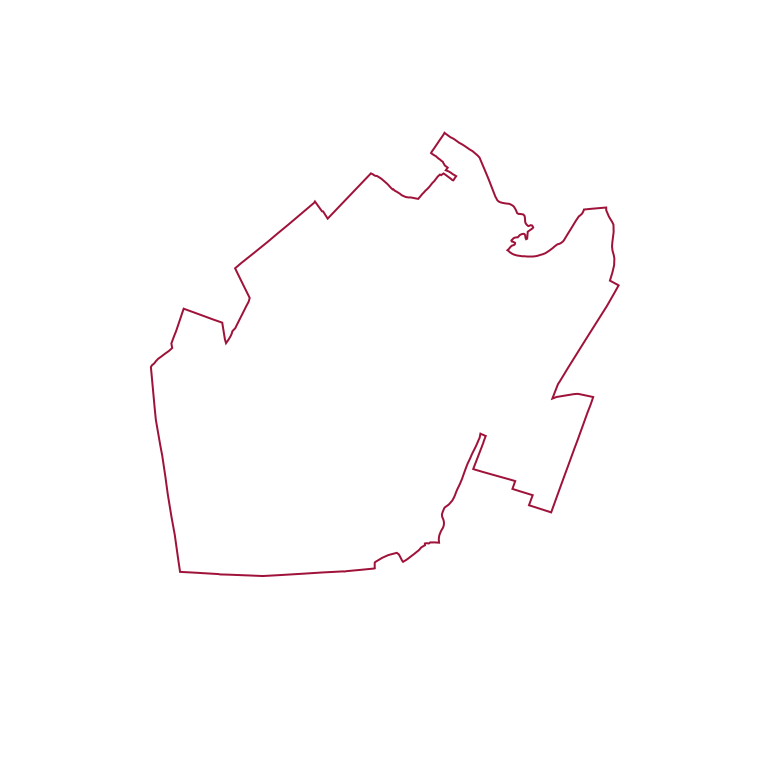 the district of SAG, Timis, Romania, rotated 302°
{"feature_id": "2599482B10512528259578", "entity_name": "SAG", "entity_type": "district", "adm_level": 2, "iso_a3": "ROU", "parent_name": "Romania", "parent_adm1": "Timis", "projection": "natural_earth1", "projection_center": [21.184, 45.66], "detail": "fine", "context": "isolated", "style": "outline", "palette": "rose", "viewbox_px": 768, "rotation_deg": 302, "n_neighbors": 0, "source": "geoboundaries", "source_scale": "gbopen_adm2", "svg_char_len": 5698}
<svg xmlns="http://www.w3.org/2000/svg" viewBox="0 0 768 768"><g transform="rotate(302 384 384)"><path d="M651.4,478.9L642.7,467.3L637.9,461.1L636.9,461.4L635.3,461.6L633.9,461.7L632.6,461.5L630.9,461.0L629.4,460.4L623.9,460.2L615.3,460.3L608.5,460.3L602.3,460.4L601.3,460.4L599.9,460.3L598.8,459.9L597.2,459.3L595.9,458.5L595.0,457.7L594.5,457.1L593.4,456.7L591.2,455.8L588.8,455.1L585.4,453.8L582.0,452.3L580.1,451.3L578.5,450.1L577.4,449.2L576.5,448.3L575.5,447.5L574.0,446.2L572.5,444.6L571.0,442.7L569.4,440.2L567.5,437.0L566.8,435.4L566.3,434.7L565.6,433.6L564.8,431.7L564.1,430.1L563.4,428.5L562.9,426.7L562.6,425.4L562.4,424.1L562.4,422.4L562.4,421.2L562.6,420.1L562.9,418.7L562.9,417.8L564.9,418.4L565.7,418.4L567.1,418.6L568.0,418.8L569.3,419.3L570.2,420.1L571.2,420.8L572.4,420.8L573.1,420.4L573.1,418.4L572.6,417.1L573.0,416.1L573.5,416.0L574.2,416.2L576.2,416.6L577.2,417.2L577.8,417.7L578.5,418.6L579.3,419.7L580.4,419.9L581.7,420.1L582.8,420.5L583.8,421.2L584.5,421.8L585.5,423.0L585.5,424.0L584.7,425.1L583.3,426.3L582.8,426.7L582.1,427.8L583.1,428.4L583.8,428.0L584.1,427.9L585.2,427.3L586.0,427.0L586.7,426.4L587.2,426.3L589.3,425.2L594.8,427.5L595.8,427.6L596.9,425.7L596.4,424.2L595.2,423.4L594.4,422.7L594.5,421.7L594.7,420.6L595.3,419.1L596.3,417.8L597.5,417.0L600.0,415.1L601.1,414.0L601.6,412.4L600.7,410.1L599.5,407.8L599.5,406.3L600.9,404.4L602.1,402.5L603.3,400.0L603.5,398.3L603.4,396.3L603.2,394.9L603.1,394.6L602.8,394.0L601.6,391.5L600.5,388.8L599.9,386.9L599.6,385.4L599.6,384.1L599.7,383.4L600.1,382.3L601.1,380.7L601.8,379.3L613.4,363.8L619.0,355.9L623.4,349.6L626.6,345.1L627.4,342.3L627.8,339.6L628.4,335.7L628.3,332.3L628.6,326.0L628.6,323.0L628.4,320.0L628.6,317.0L628.8,314.2L628.8,312.4L628.6,310.5L628.5,309.1L628.7,306.9L628.8,305.0L629.0,302.8L629.1,302.2L626.8,302.3L624.5,302.2L620.8,302.0L615.0,301.8L609.8,301.6L606.8,301.4L604.8,301.5L604.6,303.2L604.6,305.7L604.7,307.5L604.4,308.7L604.1,310.6L604.0,312.9L603.7,314.2L603.6,316.2L602.8,317.3L602.5,318.0L601.9,319.0L601.4,320.5L601.4,322.0L601.2,323.4L598.0,323.1L598.6,326.7L598.6,328.1L598.4,331.2L598.5,333.7L598.5,335.1L596.1,334.9L593.5,334.9L593.1,334.0L593.4,332.6L593.7,329.0L594.0,325.1L594.1,324.1L594.1,322.9L591.4,321.8L591.3,320.5L588.7,319.7L585.9,319.4L582.5,319.1L580.1,318.5L574.8,317.9L572.0,317.3L570.0,316.7L568.4,316.4L566.8,316.2L566.0,315.9L564.7,315.7L563.0,315.5L559.1,314.9L556.3,307.6L555.2,306.0L554.1,303.3L553.7,300.7L553.5,299.0L553.8,296.5L553.8,294.9L553.8,292.6L553.6,290.8L554.1,288.7L553.6,288.4L553.9,286.4L555.5,280.6L556.7,272.8L556.7,268.5L556.7,267.8L556.3,267.1L556.0,266.5L555.9,265.8L555.8,264.2L556.0,263.6L555.8,262.7L555.7,261.3L494.4,248.6L497.8,241.5L498.1,241.0L497.6,239.9L502.2,228.7L500.6,228.7L477.2,221.2L467.8,218.2L455.0,213.9L442.8,210.0L424.9,203.8L411.1,198.9L403.2,196.4L394.8,209.9L385.8,224.5L382.2,225.6L377.5,225.9L354.0,228.1L352.6,228.3L351.7,228.1L350.5,227.9L348.9,227.5L348.4,227.5L348.2,227.5L345.9,228.2L343.8,228.5L341.9,228.6L338.7,228.6L334.9,228.4L337.6,225.4L350.3,214.3L348.4,206.0L341.7,174.2L330.8,176.8L318.5,179.7L312.9,180.7L305.7,182.2L302.3,185.3L298.1,184.1L293.6,182.2L288.8,180.4L285.7,179.1L282.2,178.4L281.3,178.4L280.2,178.3L278.7,177.9L277.0,177.3L274.9,177.3L249.8,196.4L241.5,202.7L232.6,209.6L213.3,226.9L205.5,234.1L189.2,248.0L176.2,258.8L158.9,274.0L145.2,286.5L126.7,302.0L116.6,310.6L124.5,324.9L128.9,333.0L134.1,342.5L135.2,344.6L135.7,346.0L140.0,353.3L150.8,372.2L155.0,379.6L156.8,382.8L166.8,397.0L180.6,416.4L191.8,432.0L199.2,442.6L203.5,448.7L203.8,449.6L205.1,451.0L209.7,457.0L214.1,462.8L222.6,473.8L222.1,474.3L225.1,472.3L227.6,470.8L228.4,470.9L235.5,474.5L241.2,478.3L247.6,484.3L247.4,486.8L246.3,488.8L243.8,493.0L243.3,494.4L246.4,496.0L248.0,496.7L251.3,497.9L256.0,499.7L259.8,501.0L261.1,501.5L262.5,501.8L263.8,502.0L264.5,502.0L265.4,502.3L268.5,503.9L268.9,504.2L270.4,503.2L271.6,504.5L272.4,506.3L272.6,506.6L273.2,506.7L273.7,507.0L274.2,507.2L274.5,507.5L274.6,508.0L274.8,508.3L275.3,508.9L275.4,509.3L275.6,509.6L276.2,510.3L278.6,514.8L280.2,513.6L281.1,512.9L281.8,512.5L283.0,511.9L285.0,511.1L286.0,510.9L287.5,510.6L289.4,510.3L291.3,510.2L293.1,510.2L294.8,509.9L296.2,509.4L297.2,508.9L298.0,508.5L299.5,507.2L300.2,506.5L301.3,505.0L301.8,504.3L302.2,503.7L302.7,503.3L303.7,502.5L304.2,502.2L305.3,501.9L306.5,501.6L309.8,501.0L310.4,500.9L311.7,501.0L312.4,501.3L314.8,502.3L316.1,502.8L317.0,503.0L320.4,503.5L321.3,503.7L322.6,503.6L324.6,503.5L327.5,503.1L330.2,502.5L333.4,502.0L335.1,501.8L337.0,501.6L339.9,501.3L342.7,500.8L345.2,500.4L347.7,499.8L350.0,499.3L354.1,498.4L357.1,497.8L359.1,497.4L361.4,497.0L363.6,496.8L366.2,496.5L369.0,496.1L370.0,495.9L373.6,495.5L378.3,495.1L381.6,494.7L384.3,494.3L386.0,494.0L387.4,493.8L388.5,493.7L389.3,493.5L392.7,492.2L393.0,492.1L393.2,494.0L393.5,495.2L393.6,496.4L393.6,497.1L393.8,497.8L390.4,498.5L388.3,498.9L386.4,499.5L384.5,499.8L383.3,500.0L382.7,500.2L380.4,500.6L369.0,502.8L359.2,504.7L359.7,506.9L361.8,514.4L365.8,528.1L370.1,542.7L371.2,546.7L363.1,548.5L365.0,555.9L368.5,569.0L358.0,571.2L359.4,576.6L363.7,593.8L377.7,590.8L380.5,590.2L389.8,588.2L402.5,585.5L410.7,583.8L430.5,579.6L439.5,577.8L449.2,575.7L455.3,574.4L466.7,571.9L476.2,570.1L482.7,568.6L483.8,568.3L479.2,555.7L478.3,553.5L476.3,550.7L471.3,545.0L464.5,537.3L460.9,534.5L476.2,531.6L478.9,531.7L495.8,531.5L524.7,531.5L528.5,531.5L548.8,531.6L568.3,531.7L581.3,531.2L592.0,530.7L591.4,520.8L599.3,518.7L606.7,516.2L612.6,512.8L615.3,510.3L618.2,507.1L621.6,504.4L625.5,502.4L634.6,498.2L640.8,494.1L642.5,491.3L643.8,488.6L645.3,485.8L649.1,480.4L651.4,478.9Z" fill="none" stroke="#9f1239" stroke-width="2"/></g></svg>